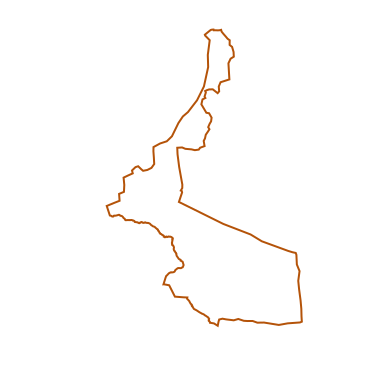 the district of Las Piedras, Canelones, Uruguay, rotated 76°
{"feature_id": "84410073B22027512889632", "entity_name": "Las Piedras", "entity_type": "district", "adm_level": 2, "iso_a3": "URY", "parent_name": "Uruguay", "parent_adm1": "Canelones", "projection": "albers", "projection_center": [-56.195, -34.707], "detail": "fine", "context": "isolated", "style": "outline", "palette": "amber", "viewbox_px": 384, "rotation_deg": 76, "n_neighbors": 0, "source": "geoboundaries", "source_scale": "gbopen_adm2", "svg_char_len": 5830}
<svg xmlns="http://www.w3.org/2000/svg" viewBox="0 0 384 384"><g transform="rotate(76 192 192)"><path d="M328.0,199.4L324.2,197.6L322.3,196.5L322.3,193.1L323.9,189.6L326.6,182.5L326.4,177.8L329.5,172.9L330.7,169.1L331.8,164.4L334.6,160.2L336.1,153.7L342.0,139.9L342.6,130.9L344.7,118.8L344.4,116.8L339.0,115.8L331.9,114.2L323.6,112.9L312.2,111.6L303.9,110.4L294.8,106.8L287.7,107.8L278.2,105.9L276.2,106.1L274.8,109.0L272.4,113.0L256.7,136.2L247.4,145.4L230.6,169.3L198.5,207.1L190.0,201.7L188.5,201.7L187.9,202.5L185.8,200.5L182.5,199.6L164.6,198.4L151.9,196.9L145.5,195.6L146.4,190.8L148.5,188.0L150.5,182.2L152.1,179.1L152.5,175.2L151.0,173.4L150.5,168.7L145.3,168.3L143.1,166.4L139.8,164.8L137.3,162.0L135.3,159.9L133.0,160.6L130.0,158.3L128.1,156.4L124.6,155.0L119.7,156.4L118.6,158.9L109.2,161.7L104.7,159.4L104.0,156.3L102.4,156.7L98.8,154.5L97.2,154.8L96.8,153.0L96.6,150.6L97.4,147.0L102.3,143.2L100.9,141.3L96.1,140.5L92.4,137.7L91.8,128.5L75.9,125.5L72.0,122.3L70.8,118.7L66.2,117.8L60.9,118.0L58.4,119.9L56.4,119.4L53.9,118.7L51.9,120.4L49.4,121.6L45.9,123.4L43.5,124.5L41.7,124.5L41.7,126.2L41.4,127.9L40.9,129.5L40.3,131.8L39.6,131.8L39.3,133.1L39.3,134.6L40.0,136.2L42.5,141.5L43.4,141.4L49.0,138.1L62.8,143.5L74.7,146.1L92.5,154.9L104.2,164.9L113.5,176.6L116.5,182.6L121.8,188.5L133.1,198.0L136.7,204.2L137.2,211.2L139.1,218.5L143.2,219.6L149.5,220.7L155.7,221.9L158.8,225.5L159.8,230.0L159.6,234.3L157.7,235.7L154.0,238.0L154.2,240.8L156.6,245.0L159.6,245.0L160.5,250.0L161.5,254.9L168.8,256.0L175.4,258.0L176.2,263.2L183.0,264.4L183.7,269.8L184.9,278.1L194.9,277.4L195.3,276.7L195.6,276.1L195.9,275.9L196.4,275.5L196.5,275.1L196.7,274.8L196.7,274.5L196.7,274.2L196.2,273.8L196.1,273.5L196.1,273.2L196.4,272.4L196.5,271.3L196.5,270.7L196.5,270.1L196.5,269.6L196.4,268.9L196.5,268.3L196.7,267.9L197.0,267.7L197.5,267.5L197.8,267.1L197.9,266.8L198.2,266.1L198.4,265.9L198.6,265.7L199.2,265.3L199.5,265.1L200.7,264.7L201.0,264.5L201.2,264.2L201.5,263.9L201.9,263.7L202.2,263.7L202.6,263.7L203.0,263.5L203.3,263.2L203.4,262.8L203.4,262.5L203.5,262.1L203.5,261.8L203.6,261.5L203.7,261.2L203.8,260.9L203.9,260.3L204.1,259.6L204.2,259.4L204.2,258.9L204.4,258.5L204.4,258.2L204.5,257.5L204.7,257.0L205.0,256.7L205.3,256.5L205.3,256.3L205.4,256.1L205.5,255.9L205.5,255.7L206.3,254.9L206.5,254.9L206.9,254.9L207.2,254.8L207.5,254.1L207.7,253.6L208.0,252.9L208.2,252.5L208.3,252.1L208.7,251.8L208.9,251.6L209.0,251.3L209.3,251.1L209.5,250.8L209.5,250.5L209.5,250.3L209.2,250.1L209.1,249.6L209.2,249.3L209.2,249.0L208.9,248.7L208.9,248.3L209.0,248.2L209.4,247.5L209.6,247.3L210.0,247.1L210.1,246.9L210.1,246.6L210.2,246.4L210.3,246.2L210.3,245.8L210.2,245.6L210.2,245.2L210.1,244.9L210.2,244.6L210.6,244.3L210.7,244.0L210.8,243.8L211.2,243.0L211.2,242.7L211.3,242.5L211.3,242.3L211.4,242.0L211.5,241.9L211.7,241.6L212.2,240.9L212.5,240.6L212.7,240.4L213.5,240.0L213.7,239.9L214.2,239.6L214.4,239.4L214.8,239.0L215.0,238.8L215.2,238.7L215.5,238.5L215.8,238.2L216.0,237.9L216.5,237.1L216.8,236.7L217.1,236.5L217.9,236.0L218.5,235.6L218.8,235.3L219.4,235.0L219.5,234.8L219.7,234.5L219.9,234.4L220.3,234.2L220.5,234.2L220.7,234.3L220.9,234.2L221.4,234.2L221.5,234.1L221.7,233.9L222.0,233.6L222.4,233.6L222.8,233.5L223.6,233.4L223.8,233.1L224.0,233.1L224.4,232.9L224.8,232.9L225.2,232.4L225.3,232.2L225.5,232.0L225.5,231.9L225.8,231.7L226.6,231.2L226.7,230.9L226.9,230.8L227.2,230.3L227.4,230.2L227.5,230.1L227.9,230.1L228.1,229.9L228.3,229.8L228.8,229.6L228.9,229.8L229.1,229.6L229.3,229.4L229.3,229.2L229.2,228.7L229.4,228.4L229.1,228.0L229.2,227.8L229.1,227.6L229.5,227.1L229.7,226.9L229.7,226.7L229.6,226.4L229.5,225.8L229.5,225.5L229.6,225.4L229.9,225.1L229.9,224.7L229.9,224.2L230.5,223.2L230.9,222.7L231.1,222.7L232.0,221.9L232.3,221.8L232.5,221.9L232.8,222.0L233.0,222.4L233.3,222.4L233.3,222.5L233.6,222.8L234.6,222.8L235.1,223.1L235.4,223.3L235.9,223.5L236.2,223.7L236.7,223.7L236.9,223.8L237.0,223.7L237.5,223.9L238.2,224.0L238.4,224.1L238.7,224.0L239.1,223.6L239.2,223.3L239.9,223.1L240.1,223.1L240.5,223.0L241.2,222.9L241.6,223.0L242.0,223.1L242.4,223.4L243.4,223.6L244.3,223.5L244.6,223.5L244.7,223.4L244.8,223.2L245.0,223.2L245.7,222.9L246.1,222.8L246.4,222.8L246.7,222.6L246.9,222.4L247.1,222.3L247.4,222.4L248.1,222.1L248.4,222.1L249.0,222.4L249.4,222.3L250.2,222.3L250.8,222.1L251.8,221.7L252.3,221.5L253.2,221.2L253.5,221.1L253.8,220.9L254.4,220.3L254.6,220.0L255.0,219.5L255.3,219.4L255.5,219.4L255.9,219.6L256.2,219.3L256.7,218.7L257.0,218.3L257.3,218.0L258.5,217.9L259.1,217.9L260.8,217.8L261.1,218.0L261.4,218.2L262.3,218.8L262.8,219.3L262.8,219.6L262.8,219.9L263.0,220.3L263.1,220.6L263.2,221.0L263.1,221.4L263.0,221.8L262.9,222.2L262.7,222.9L262.5,223.5L262.5,223.9L262.5,224.4L263.1,225.7L263.7,227.0L264.0,227.3L264.9,228.0L265.1,228.4L265.3,229.2L265.3,229.5L265.3,230.1L265.2,230.7L265.1,231.0L265.1,231.3L264.9,231.5L264.8,231.8L264.9,232.1L264.9,232.8L265.1,233.2L265.1,233.6L265.2,233.9L265.3,234.0L265.4,234.3L265.6,234.6L266.3,235.7L266.8,236.4L267.3,237.4L267.6,237.6L269.1,238.6L274.7,242.0L274.8,241.5L276.6,237.5L277.0,236.7L289.4,233.9L292.2,225.5L293.2,222.1L293.7,222.4L294.3,222.6L294.7,222.4L295.9,221.7L297.3,221.0L298.0,220.9L300.2,220.3L300.7,219.8L301.3,219.5L301.7,219.4L301.8,219.7L302.1,219.8L302.6,219.7L303.0,219.6L303.2,219.2L303.5,219.1L304.4,218.9L305.8,218.5L306.3,218.0L307.9,216.2L309.2,215.0L309.8,214.5L310.5,213.8L311.1,213.2L311.7,212.5L312.4,211.9L312.7,211.3L313.8,210.0L314.2,209.7L314.7,209.4L315.4,208.6L316.1,208.0L316.8,207.4L317.3,206.9L317.9,206.5L318.3,206.5L318.7,206.4L318.9,206.2L319.2,206.1L319.5,206.5L320.0,206.6L320.3,206.5L320.5,206.5L320.8,206.9L321.1,206.9L321.4,206.7L321.5,206.6L321.9,206.3L322.1,206.2L322.3,206.2L322.5,206.2L322.8,205.9L323.1,205.9L323.3,206.0L324.8,202.5L328.0,199.4Z" fill="none" stroke="#b45309" stroke-width="2"/></g></svg>